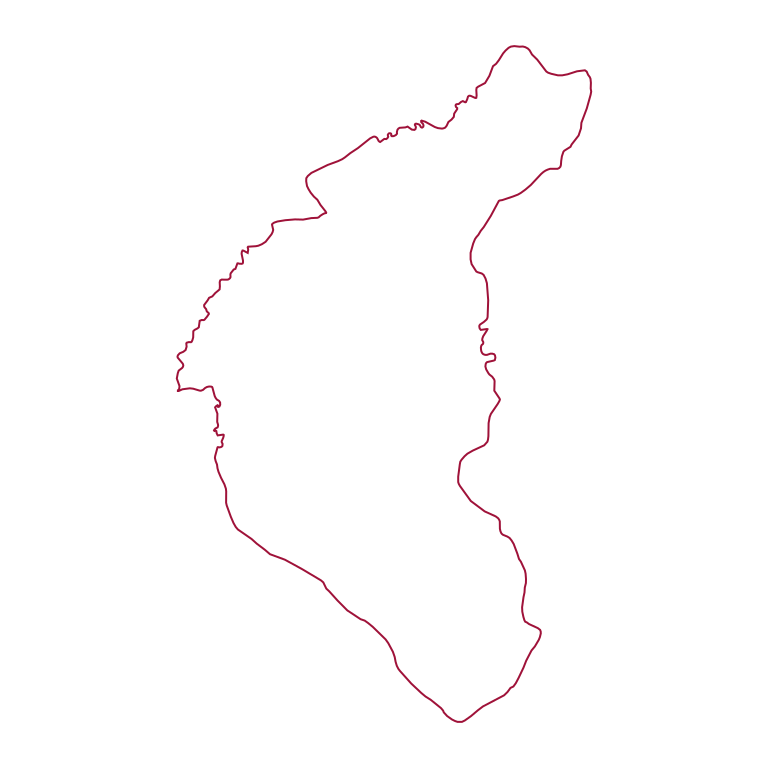 outline of Santa Ana de Yusguare, Choluteca, Honduras
{"feature_id": "27666195B49671611441491", "entity_name": "Santa Ana de Yusguare", "entity_type": "district", "adm_level": 2, "iso_a3": "HND", "parent_name": "Honduras", "parent_adm1": "Choluteca", "projection": "mercator", "projection_center": [-87.098, 13.304], "detail": "fine", "context": "isolated", "style": "outline", "palette": "rose", "viewbox_px": 768, "rotation_deg": 0, "n_neighbors": 0, "source": "geoboundaries", "source_scale": "gbopen_adm2", "svg_char_len": 6082}
<svg xmlns="http://www.w3.org/2000/svg" viewBox="0 0 768 768"><path d="M326.3,588.6L329.2,591.3L337.5,600.5L347.3,610.4L360.6,619.2L364.7,620.6L368.2,623.1L372.8,626.9L385.6,639.4L388.3,643.2L392.9,651.8L394.7,657.0L395.6,661.8L396.8,665.8L398.4,668.9L400.0,671.0L411.2,683.5L421.2,692.9L425.5,696.5L430.7,699.8L441.0,708.1L443.1,710.6L443.8,712.4L447.2,716.1L452.0,719.5L455.0,721.0L457.6,721.9L461.9,721.9L464.8,720.5L471.0,716.1L478.0,710.2L483.0,706.4L504.1,695.3L507.5,692.0L510.5,687.9L513.4,686.5L515.8,683.2L518.6,677.9L523.5,667.6L526.2,660.7L531.5,650.5L534.9,646.4L538.8,639.8L539.9,637.1L540.8,633.4L540.7,631.5L540.1,629.9L537.8,628.1L529.1,624.1L526.8,622.4L525.2,621.7L524.4,620.2L523.4,616.9L522.3,611.7L522.1,607.3L523.5,597.2L524.5,592.5L524.8,587.6L525.9,583.1L526.0,579.1L525.6,573.7L524.9,570.4L520.9,561.7L519.0,559.0L517.4,553.8L513.7,544.0L511.6,540.5L509.6,538.0L507.4,536.6L503.0,534.8L502.0,534.0L501.3,533.2L500.4,531.1L499.9,528.7L499.8,521.4L499.2,519.8L498.2,518.3L495.7,516.4L484.7,511.4L470.8,501.0L459.9,485.9L458.8,483.9L458.2,482.1L458.2,476.7L459.8,464.4L460.3,461.7L461.5,459.8L464.5,456.3L467.4,453.7L472.8,450.6L484.2,445.3L487.4,441.7L488.0,439.6L488.4,436.2L488.6,423.1L489.7,416.9L490.9,413.9L497.6,404.1L499.3,401.2L499.9,399.6L499.6,398.6L494.3,390.7L494.6,381.1L494.2,379.5L492.2,376.7L489.4,374.5L488.4,373.2L486.2,369.4L485.4,366.5L485.7,364.0L486.3,362.8L487.1,362.1L493.7,360.6L494.8,360.1L495.4,357.7L495.0,355.4L494.1,354.2L492.4,353.7L490.3,353.7L486.9,354.9L485.3,354.9L484.0,354.5L482.9,353.9L482.0,352.8L481.3,351.2L481.0,349.5L480.9,347.5L481.2,346.0L481.7,345.0L483.0,343.9L483.3,342.9L483.2,341.9L482.2,340.1L482.4,338.4L483.2,336.2L486.5,331.1L487.5,329.2L487.1,329.0L480.8,329.9L479.7,328.5L479.3,326.7L479.4,325.5L480.1,324.5L483.8,322.0L486.5,319.6L487.2,318.5L487.6,317.0L488.2,300.3L486.9,283.2L485.5,278.5L483.6,274.9L481.8,273.5L477.6,272.2L476.3,271.5L471.6,264.1L470.6,259.4L470.6,252.8L473.2,243.5L475.0,239.1L476.3,237.2L478.4,234.8L480.7,230.9L483.8,227.0L490.8,215.9L498.8,201.0L499.6,200.5L502.2,200.1L513.0,196.5L517.9,194.6L520.7,193.0L525.4,189.6L530.8,185.0L541.2,173.9L543.4,172.0L545.5,170.6L547.7,169.6L550.1,168.8L557.6,168.8L559.2,168.0L560.4,166.7L560.9,165.0L561.2,160.9L561.9,156.3L563.4,151.8L564.3,150.7L570.5,146.8L571.6,144.5L578.6,135.5L581.0,128.3L581.4,122.8L586.8,108.4L590.6,94.8L591.2,91.6L590.7,88.5L590.9,82.8L590.5,78.8L589.8,77.1L588.1,74.8L586.7,71.6L584.9,70.3L577.0,71.3L567.6,74.3L562.4,75.3L557.8,75.3L551.3,73.8L548.1,72.7L546.3,71.5L537.3,59.7L532.0,54.5L529.6,50.3L527.8,48.5L525.2,47.1L522.8,46.5L519.6,46.7L514.3,46.1L510.9,46.6L508.6,47.8L505.5,50.6L503.1,53.4L498.9,60.1L496.1,63.8L493.0,66.2L489.4,75.8L485.1,83.0L478.1,86.7L476.6,87.9L476.3,89.9L476.6,95.5L476.3,97.8L475.9,98.0L475.1,97.9L471.0,96.0L469.9,95.7L469.0,95.8L468.0,96.6L467.2,99.3L465.9,102.1L465.2,102.3L462.8,101.1L461.1,101.9L458.7,104.0L456.6,104.2L455.9,104.6L455.6,105.3L455.7,106.1L456.1,107.1L457.2,108.0L457.2,109.1L454.2,113.6L453.8,116.9L451.5,119.6L448.4,122.0L446.7,125.7L445.2,127.6L443.6,128.3L442.0,128.6L437.9,128.1L434.8,127.0L425.2,121.7L421.6,120.6L421.1,121.0L421.3,122.2L423.0,123.9L423.5,125.3L423.3,126.7L422.4,127.5L421.6,127.5L420.8,127.0L419.9,125.2L418.9,124.4L416.4,123.7L415.4,123.8L414.9,124.4L414.9,125.1L415.7,126.4L415.9,127.5L415.4,129.2L414.4,129.9L411.8,129.6L407.6,126.6L405.4,127.4L399.7,127.8L398.5,128.5L397.5,129.7L396.9,131.9L397.0,133.7L395.8,135.1L393.7,136.1L391.9,136.2L391.2,135.6L391.3,134.3L391.0,133.6L390.0,133.2L388.9,133.4L387.9,134.5L387.8,135.1L388.2,136.8L387.3,138.3L386.1,139.1L384.3,138.9L380.2,142.0L379.6,141.8L378.6,140.9L377.2,138.2L376.3,137.3L374.8,136.6L373.4,136.7L370.1,138.4L357.9,148.1L350.2,153.2L344.9,157.4L342.2,159.2L337.9,161.2L327.8,164.9L311.4,172.9L307.8,176.0L306.3,178.2L306.2,181.3L307.0,186.0L308.5,189.1L310.7,192.7L313.9,196.6L317.4,199.8L320.5,205.0L325.4,211.2L326.2,212.5L326.1,213.0L324.4,213.4L322.6,214.3L320.3,215.8L318.7,217.3L317.4,217.8L311.3,218.1L303.1,219.6L295.0,219.4L285.4,220.2L277.4,221.5L274.2,222.6L272.4,223.8L272.0,224.6L273.2,229.9L272.6,232.1L271.5,234.3L265.6,241.8L261.9,244.2L258.4,245.7L255.9,246.2L248.1,246.7L247.7,247.3L248.2,249.7L247.7,252.9L243.4,250.6L242.5,250.5L241.8,252.0L241.6,253.8L243.0,260.6L243.0,262.4L242.7,263.4L241.8,263.8L239.4,263.7L237.9,263.3L237.4,263.4L235.4,268.9L233.7,269.5L230.7,273.3L230.4,274.5L230.5,277.1L230.1,278.0L229.2,278.9L228.2,279.5L227.0,279.7L221.6,279.6L220.2,280.4L219.7,282.2L219.9,286.4L219.6,289.4L215.3,293.0L212.3,296.4L209.1,297.8L207.6,300.4L204.2,304.9L204.1,306.0L204.5,307.2L206.1,309.1L206.8,311.4L208.6,313.0L208.9,313.9L207.0,316.7L204.4,319.8L203.7,320.1L201.7,320.0L199.7,320.8L198.8,327.3L197.5,328.4L194.6,329.9L193.3,331.2L193.2,337.3L192.5,339.9L191.7,341.7L191.0,342.2L188.8,342.1L186.7,342.7L186.3,343.4L186.6,346.7L185.6,350.0L183.3,351.8L179.7,353.3L177.9,355.3L177.5,356.6L177.7,357.6L182.8,363.7L183.3,365.3L183.0,366.7L182.2,367.9L178.7,370.6L177.8,373.2L176.8,378.5L179.5,386.1L179.2,388.8L178.7,389.6L177.9,390.3L177.9,391.0L178.7,391.0L182.4,389.3L189.8,388.3L193.2,388.7L199.6,390.6L200.9,390.7L203.0,389.9L205.1,388.0L206.9,387.0L209.1,386.5L211.1,386.6L212.1,387.0L212.4,387.5L214.7,396.0L215.5,397.7L216.8,399.5L219.1,400.9L220.1,402.5L220.2,404.8L219.4,406.5L218.6,406.9L217.9,406.8L217.8,406.3L218.1,405.6L217.6,405.2L216.4,405.9L215.1,407.3L217.4,413.7L217.2,421.9L218.0,424.5L218.1,425.8L217.6,427.4L215.4,428.5L214.4,429.6L214.0,430.5L214.5,431.0L215.6,430.6L216.3,431.0L216.7,433.4L217.7,435.4L223.2,434.6L223.7,434.9L223.7,435.9L223.2,437.8L221.7,441.2L221.7,442.1L222.6,443.9L222.4,445.9L221.8,446.6L220.9,447.1L219.4,447.4L217.9,447.1L217.5,447.4L215.2,455.9L214.9,457.9L215.7,461.2L217.0,464.5L217.5,468.3L218.5,471.8L221.0,477.7L224.4,484.3L225.9,488.7L226.2,491.4L226.1,502.7L226.7,505.4L230.8,516.7L233.5,523.0L235.7,526.9L237.9,529.5L251.6,539.0L256.7,543.6L265.0,549.9L270.0,554.2L284.9,559.7L302.4,569.3L321.0,580.4L323.3,582.4L326.3,588.6Z" fill="none" stroke="#9f1239" stroke-width="2"/></svg>